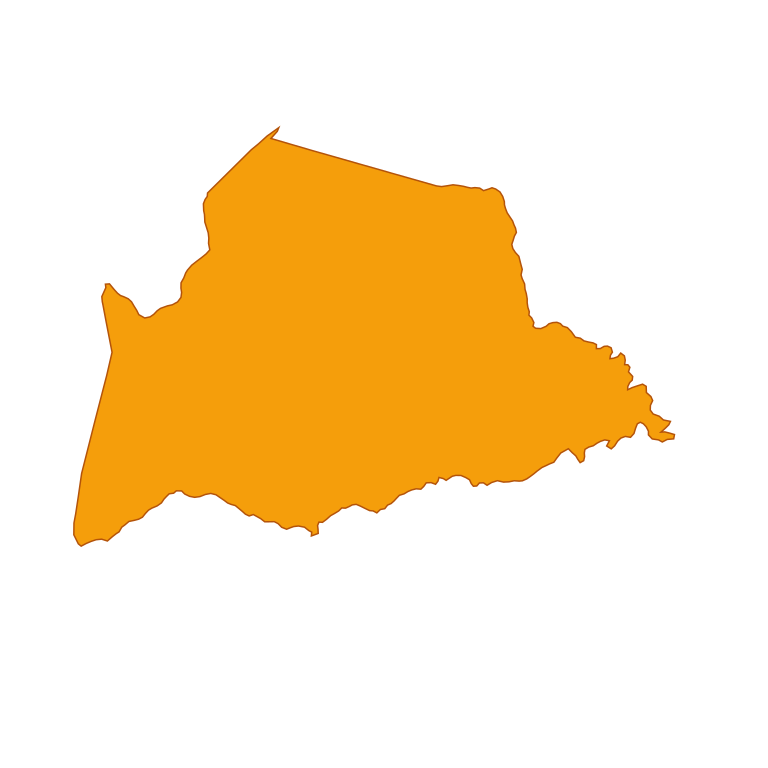 Nortelândia, Mato Grosso, Brazil (Albers equal-area conic projection), rotated 283°
{"feature_id": "56859067B4738325459726", "entity_name": "Nortelândia", "entity_type": "district", "adm_level": 2, "iso_a3": "BRA", "parent_name": "Brazil", "parent_adm1": "Mato Grosso", "projection": "albers", "projection_center": [-56.739, -14.389], "detail": "fine", "context": "isolated", "style": "filled", "palette": "amber", "viewbox_px": 768, "rotation_deg": 283, "n_neighbors": 0, "source": "geoboundaries", "source_scale": "gbopen_adm2", "svg_char_len": 4183}
<svg xmlns="http://www.w3.org/2000/svg" viewBox="0 0 768 768"><g transform="rotate(283 384 384)"><path d="M588.8,390.6L591.1,344.2L591.3,340.9L592.8,311.3L595.3,261.8L597.8,218.6L606.2,223.2L610.1,223.8L599.3,214.3L589.8,207.7L582.4,202.0L530.4,169.1L527.0,169.6L523.6,168.2L519.0,167.5L512.4,169.3L508.9,170.9L505.5,171.9L501.5,173.0L498.1,175.0L491.8,178.7L486.7,180.5L481.6,181.4L475.5,184.1L470.7,181.4L466.1,177.8L462.2,174.5L456.5,169.9L450.8,166.9L447.6,165.8L442.5,165.1L436.9,163.5L431.7,164.6L427.7,166.2L422.7,166.7L417.5,164.4L413.5,159.8L411.4,155.4L407.4,149.2L404.3,146.5L400.1,144.0L396.8,141.0L394.5,136.0L396.4,129.5L400.1,126.5L403.7,122.9L407.3,119.5L409.5,115.6L410.5,110.8L410.9,107.4L412.5,103.9L415.3,99.9L419.8,94.0L418.6,90.1L415.3,91.3L405.7,89.4L400.8,91.0L397.8,92.4L381.6,99.5L353.7,111.9L330.1,111.9L288.2,110.8L279.9,110.6L228.8,109.5L205.1,111.5L188.1,112.8L178.8,113.2L167.3,115.7L159.5,122.1L157.9,125.4L161.7,129.8L164.8,134.1L167.5,138.5L169.3,143.8L168.8,149.8L174.3,153.8L178.0,156.8L180.3,159.1L185.5,160.7L188.4,163.2L192.7,166.4L194.9,171.2L197.1,175.4L199.9,178.6L204.1,180.6L208.1,182.9L210.8,185.7L214.2,190.4L218.1,193.9L222.3,195.5L225.4,197.3L228.7,199.4L230.3,203.6L233.2,205.7L234.3,210.9L232.0,214.5L230.8,219.8L231.0,225.0L232.9,230.0L236.2,234.8L238.4,239.8L238.3,245.2L236.4,250.0L234.6,254.6L232.9,258.4L232.3,262.1L232.1,266.5L230.0,270.7L227.9,274.8L226.0,278.2L225.1,282.3L227.4,286.0L226.2,290.3L225.1,294.1L222.9,298.8L223.9,302.9L225.2,308.1L224.1,312.3L221.4,316.5L220.6,321.8L222.9,325.1L224.8,328.1L226.4,332.6L226.6,338.8L224.3,343.6L223.4,346.9L219.6,347.4L223.6,353.5L227.6,352.4L231.2,351.1L234.8,351.7L235.4,355.2L239.3,358.5L243.7,361.6L246.8,365.0L250.1,368.4L253.7,370.7L254.4,374.5L256.9,377.8L259.1,380.3L260.5,384.0L259.8,388.1L258.4,394.0L257.4,398.5L257.9,401.9L256.8,406.0L260.9,408.7L262.7,412.8L266.8,414.7L269.1,417.8L272.3,420.1L275.5,421.9L279.0,424.0L281.5,428.3L284.6,431.5L287.0,434.8L289.1,438.9L289.8,443.6L293.2,445.8L297.2,447.4L298.5,452.1L297.9,456.8L301.4,458.4L305.3,458.6L305.2,463.1L304.1,466.2L307.1,469.0L309.5,471.3L311.1,474.5L312.2,479.6L311.2,484.9L309.9,488.9L306.6,491.4L304.5,494.1L305.5,497.3L309.0,499.2L310.1,503.1L308.5,507.2L312.2,511.0L315.3,516.2L315.3,522.5L316.8,527.8L319.0,532.6L319.8,537.6L320.8,540.6L323.7,544.5L326.8,547.3L330.1,550.1L333.4,552.6L338.2,556.7L341.2,560.6L343.4,563.3L346.0,567.1L350.7,569.0L356.6,571.8L359.5,575.0L362.4,578.2L359.5,582.7L357.1,587.1L354.2,589.8L351.5,592.8L354.2,595.8L358.3,595.8L361.9,594.7L365.5,594.5L368.6,597.7L370.9,601.8L374.2,604.8L376.8,607.8L379.2,611.7L379.4,616.4L373.7,614.9L371.9,620.0L375.6,622.6L380.9,624.5L384.6,627.0L387.2,630.9L387.5,636.2L392.0,638.7L397.7,639.1L402.2,639.8L404.4,642.3L403.6,645.7L401.3,649.1L397.5,652.3L393.9,653.1L390.8,657.7L391.3,664.1L390.1,668.2L393.7,672.4L395.7,678.6L400.1,678.4L400.4,673.6L400.5,668.4L399.4,664.7L404.4,668.2L408.4,670.7L412.0,671.5L411.8,664.3L414.5,659.5L415.3,653.0L418.5,649.3L423.1,648.4L428.3,649.5L431.8,646.9L434.7,641.6L440.7,640.0L442.0,636.0L439.2,631.3L436.3,626.6L433.2,622.7L436.4,622.1L440.7,623.1L443.6,625.0L447.3,624.6L450.8,619.5L455.6,619.8L457.6,617.3L457.0,614.1L461.5,613.7L465.5,611.9L467.4,607.7L463.2,605.7L460.8,602.0L459.5,598.4L463.1,598.2L466.4,599.4L470.4,597.1L471.2,593.2L470.2,590.0L467.2,586.8L466.2,583.0L470.2,582.1L471.1,578.4L470.9,573.7L471.0,569.1L472.8,565.0L472.6,559.9L477.1,554.8L480.2,550.0L480.6,545.1L482.5,542.3L483.0,538.6L481.8,534.7L479.8,531.2L476.7,529.0L473.3,524.4L472.4,519.2L473.8,516.2L477.6,516.2L481.6,513.0L483.7,509.7L487.1,509.3L491.1,506.9L495.5,505.2L499.1,504.4L504.1,502.3L508.0,500.1L513.1,498.5L517.8,494.9L521.1,493.0L526.8,492.9L530.7,490.8L534.2,489.0L538.7,486.7L541.7,482.4L544.9,479.1L548.8,477.1L552.9,477.5L557.4,477.8L561.4,478.9L565.4,477.1L568.4,474.8L571.8,472.6L574.8,469.4L578.5,465.5L582.5,462.8L585.6,461.1L588.9,460.2L593.4,457.5L597.2,453.8L599.1,449.0L599.5,445.1L597.6,442.3L594.8,437.5L596.4,433.2L595.8,428.4L594.5,424.8L594.4,421.2L594.5,417.1L594.2,411.9L593.6,406.4L591.4,401.1L589.3,395.7L588.8,390.6Z" fill="#f59e0b" stroke="#b45309" stroke-width="1.5"/></g></svg>